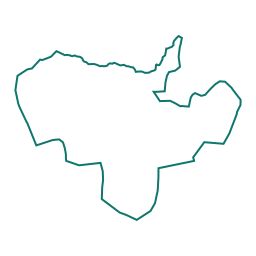 outline of Nkanu West, Enugu, Nigeria
{"feature_id": "59680162B79793295224635", "entity_name": "Nkanu West", "entity_type": "district", "adm_level": 2, "iso_a3": "NGA", "parent_name": "Nigeria", "parent_adm1": "Enugu", "projection": "orthographic", "projection_center": [7.539, 6.306], "detail": "fine", "context": "isolated", "style": "outline", "palette": "teal", "viewbox_px": 256, "rotation_deg": 0, "n_neighbors": 0, "source": "geoboundaries", "source_scale": "gbopen_adm2", "svg_char_len": 1743}
<svg xmlns="http://www.w3.org/2000/svg" viewBox="0 0 256 256"><path d="M56.4,51.2L51.0,56.7L42.5,60.0L40.1,59.6L31.9,68.5L27.3,69.4L17.5,75.8L15.4,90.1L18.3,103.8L19.5,107.0L26.5,121.8L27.2,122.8L36.3,145.4L52.8,140.0L59.2,139.4L63.0,142.4L64.9,148.5L65.9,154.4L65.9,158.0L66.2,160.9L79.1,165.3L100.5,162.9L102.7,171.0L103.1,179.7L102.4,185.8L102.2,187.3L101.8,199.1L119.6,212.5L126.6,215.1L136.7,219.9L150.5,211.0L155.0,203.2L157.7,190.6L158.4,177.8L158.5,168.2L194.1,160.9L193.2,157.3L204.3,142.2L223.5,143.8L223.7,143.5L229.2,133.7L229.5,133.0L230.5,130.6L230.6,130.2L236.7,114.3L236.7,114.2L237.0,112.1L237.9,110.2L238.1,109.8L240.5,105.0L240.6,99.8L233.5,90.6L231.4,87.6L225.0,81.7L219.8,81.3L215.2,84.3L210.0,89.4L205.1,94.9L201.3,95.8L195.0,93.1L192.6,94.7L190.8,97.4L188.8,106.6L187.3,106.5L181.6,106.0L180.5,106.3L178.0,104.9L175.6,103.5L170.2,100.8L159.9,101.1L153.7,91.8L156.8,91.8L164.7,91.3L165.5,82.3L167.0,75.8L169.0,72.1L175.2,70.6L180.0,66.8L178.6,57.0L179.8,47.0L180.4,45.2L181.9,37.9L178.5,36.1L176.3,38.2L173.9,41.2L173.3,43.0L173.5,45.0L171.9,46.8L169.5,47.7L167.2,48.7L166.3,48.6L165.7,52.3L165.1,55.4L162.6,57.3L162.5,59.2L160.2,63.9L159.3,65.1L158.0,65.1L156.6,64.5L156.0,65.1L155.9,66.4L155.6,69.2L154.9,70.2L151.1,71.4L149.3,72.5L147.6,72.8L144.9,72.8L141.7,71.5L137.6,71.6L135.9,71.9L134.9,69.6L133.2,67.4L131.0,67.2L129.0,66.4L126.6,66.2L123.8,64.8L121.2,65.3L120.2,65.4L115.2,63.1L113.9,62.8L112.5,63.7L109.8,63.4L108.6,64.0L107.0,65.8L104.0,66.3L102.2,66.0L100.0,66.2L97.3,65.0L94.1,64.0L90.7,64.1L88.4,64.1L86.2,62.1L84.3,61.7L82.9,60.2L82.3,58.4L80.0,56.8L77.0,56.5L74.8,55.5L72.5,56.1L71.2,56.0L70.1,55.3L68.5,55.2L66.9,54.8L64.9,55.2L58.7,52.2L56.4,51.2Z" fill="none" stroke="#0f766e" stroke-width="2"/></svg>